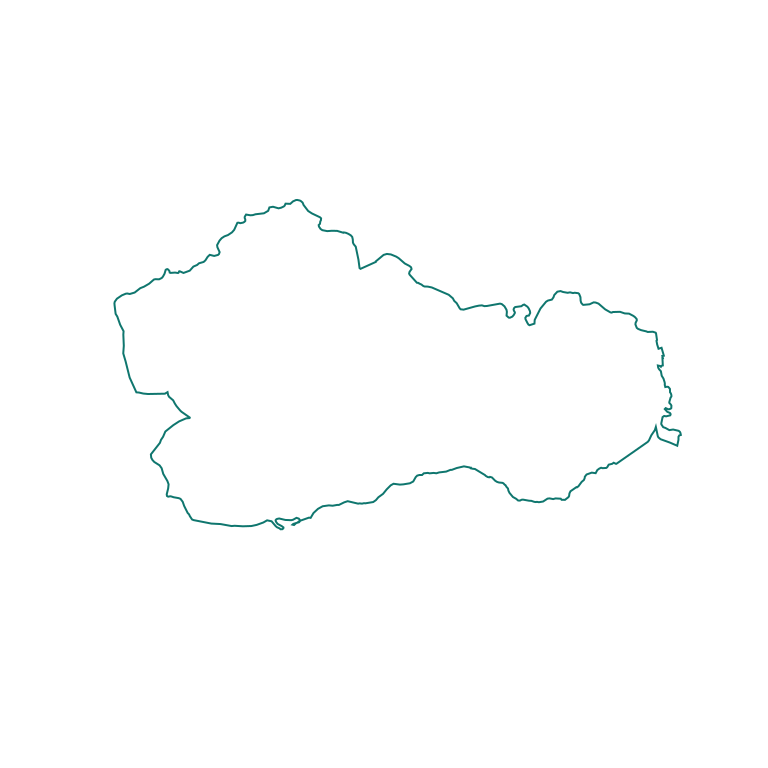 outline of Comandau, Covasna, Romania, rotated 138°
{"feature_id": "2599482B75444527653757", "entity_name": "Comandau", "entity_type": "district", "adm_level": 2, "iso_a3": "ROU", "parent_name": "Romania", "parent_adm1": "Covasna", "projection": "albers", "projection_center": [26.312, 45.738], "detail": "fine", "context": "isolated", "style": "outline", "palette": "teal", "viewbox_px": 768, "rotation_deg": 138, "n_neighbors": 0, "source": "geoboundaries", "source_scale": "gbopen_adm2", "svg_char_len": 6154}
<svg xmlns="http://www.w3.org/2000/svg" viewBox="0 0 768 768"><g transform="rotate(138 384 384)"><path d="M619.8,444.7L618.0,443.6L617.3,442.7L616.1,440.6L612.9,436.5L612.1,434.8L612.4,431.2L614.1,427.1L616.2,419.5L616.1,417.6L616.7,415.7L617.3,411.8L616.6,410.3L605.7,395.8L599.2,389.3L592.3,380.4L589.9,378.6L584.1,372.7L577.6,367.2L572.9,364.5L566.3,361.8L562.1,360.9L559.4,357.2L559.6,351.0L559.4,349.2L558.2,346.5L558.1,345.3L556.7,344.1L555.4,344.1L554.7,344.7L555.1,346.8L556.7,351.3L556.4,354.1L555.7,355.3L554.5,355.5L553.6,355.2L551.9,354.2L548.3,349.0L544.1,344.9L542.5,344.0L538.6,343.1L537.4,341.0L537.5,339.2L538.2,338.7L541.3,339.0L545.0,340.7L546.1,340.7L545.2,339.4L542.3,339.4L539.6,338.1L537.6,338.4L529.2,334.9L528.1,333.6L522.7,335.3L516.6,335.4L511.4,334.2L506.2,330.7L503.6,327.9L499.6,325.4L498.4,324.3L492.8,322.7L489.4,321.2L483.3,312.4L482.0,311.6L480.4,309.8L478.6,308.8L477.7,307.8L471.0,303.5L467.7,303.1L464.0,303.6L458.2,303.0L452.5,303.9L446.8,304.2L443.7,303.5L439.5,298.6L436.8,296.5L431.2,292.9L427.5,292.0L422.7,293.6L420.6,293.7L418.6,292.7L416.6,290.9L414.2,291.0L410.9,288.6L409.9,287.1L406.6,284.7L404.8,282.6L402.2,281.4L396.4,277.3L392.0,275.7L391.0,274.8L386.2,272.9L379.7,269.3L376.2,264.7L376.0,263.5L375.4,263.5L375.4,262.5L375.0,261.9L373.3,260.0L369.9,248.8L369.9,247.8L369.2,245.5L368.2,244.2L367.4,244.1L366.3,242.3L366.1,237.7L365.5,235.6L364.5,233.9L362.2,231.4L361.7,230.3L361.7,228.3L361.4,227.6L361.8,225.7L361.8,223.4L362.9,221.5L363.6,219.1L363.8,213.8L362.6,210.2L362.3,207.7L361.0,206.4L359.2,205.9L358.1,205.1L354.3,200.2L352.7,198.6L351.2,195.9L350.1,194.6L349.2,194.1L348.0,192.5L344.4,190.2L339.2,189.4L337.5,188.2L335.3,185.3L333.1,184.2L329.4,180.5L329.5,179.1L327.0,176.8L322.7,176.5L321.4,176.9L319.4,178.6L317.2,179.5L310.0,178.6L309.8,178.1L308.0,177.9L302.6,179.0L299.7,178.9L297.8,179.8L296.8,180.7L294.0,181.2L288.9,179.1L286.4,176.1L283.1,177.3L280.7,177.1L278.7,176.5L277.9,175.2L275.0,172.9L273.8,172.8L271.0,173.7L267.8,172.0L266.0,171.8L265.1,169.6L264.7,169.2L226.7,164.5L224.8,164.8L219.7,167.0L213.6,168.5L210.7,170.2L215.4,162.1L215.8,160.8L215.7,159.9L215.4,157.9L210.7,149.1L207.4,141.9L202.5,145.5L200.5,147.7L199.0,148.2L197.5,147.5L196.5,149.2L196.1,150.6L196.4,152.1L199.6,156.7L202.8,158.8L204.3,163.1L205.4,165.1L204.9,168.4L204.3,169.2L199.1,173.0L197.2,172.8L196.0,171.2L192.3,169.2L191.5,169.5L191.0,170.2L190.9,171.2L192.1,173.8L192.1,177.5L190.8,177.6L189.7,175.1L189.1,174.5L187.4,173.8L186.6,173.9L184.9,175.6L184.6,176.7L184.6,179.1L184.0,179.7L180.2,182.1L178.8,182.4L177.9,183.4L177.1,185.1L177.0,186.4L174.8,189.0L174.7,190.5L174.7,191.6L175.5,192.6L177.0,193.5L175.9,195.6L175.3,196.0L174.3,197.5L172.7,201.0L172.1,204.3L169.7,208.2L169.7,210.8L169.3,212.7L168.1,214.5L166.8,212.7L166.7,211.5L165.5,211.8L164.4,211.2L159.7,217.0L159.4,216.7L158.4,218.6L157.1,217.8L153.5,225.2L156.4,226.5L154.6,230.5L152.6,233.8L151.7,234.0L147.9,239.7L147.8,240.4L149.2,242.9L153.3,246.3L153.8,247.5L156.9,252.0L158.3,254.9L158.6,256.6L157.3,260.0L156.1,261.1L153.6,262.1L152.8,263.1L152.7,265.5L153.1,267.7L154.8,272.3L157.9,275.4L160.3,279.7L165.7,284.3L167.0,284.7L167.8,285.7L169.7,291.5L170.8,300.2L172.2,302.9L173.6,304.4L177.9,305.7L182.9,309.4L183.2,310.0L183.1,312.5L182.1,314.4L179.9,317.1L178.7,320.4L178.9,321.5L181.2,324.2L182.7,325.1L184.4,327.6L186.5,328.9L189.4,332.6L190.6,334.9L193.4,336.6L197.9,336.2L200.1,335.0L202.8,334.4L206.3,336.3L208.5,336.7L217.2,335.4L229.1,330.8L231.8,328.2L236.5,330.3L236.9,331.5L236.6,333.3L235.5,337.4L234.7,338.6L232.5,339.2L230.5,337.9L227.8,339.0L226.8,340.5L225.9,343.3L225.7,345.5L226.6,349.2L227.7,349.7L229.9,349.9L235.0,353.4L236.4,353.4L237.7,352.8L238.4,351.6L238.7,350.0L239.1,349.3L241.2,348.5L243.5,348.2L246.1,349.0L246.9,349.9L247.2,352.8L244.4,355.4L243.3,357.2L242.5,361.1L243.0,364.6L244.0,366.1L255.3,373.1L257.3,374.7L258.6,376.9L261.0,378.7L264.4,380.7L275.1,386.0L277.1,388.3L277.1,389.7L275.9,395.4L276.2,398.8L275.5,401.6L276.2,407.0L283.9,423.8L286.3,427.1L288.7,429.4L289.3,430.8L289.6,432.8L290.7,435.3L290.7,436.0L291.8,437.2L291.8,448.2L291.4,449.3L289.9,450.3L286.6,451.0L285.8,452.6L286.1,454.7L287.9,459.6L288.9,467.7L289.7,470.5L292.2,475.7L293.7,477.4L294.8,478.7L297.9,480.2L308.0,480.6L308.4,480.2L324.4,485.3L324.6,486.5L319.8,493.5L313.1,505.0L313.0,508.0L312.5,509.8L310.4,512.4L309.2,514.6L309.2,516.7L310.0,519.4L311.1,521.8L312.5,523.6L313.0,523.6L316.4,529.2L320.4,532.9L323.9,535.6L326.9,539.6L327.4,541.7L327.0,544.5L326.2,545.8L324.4,545.9L322.6,547.4L321.3,547.9L319.9,549.2L320.0,550.7L323.4,558.9L324.6,563.3L324.0,570.8L323.1,573.3L323.4,575.7L323.8,576.7L325.3,578.8L326.3,579.6L329.4,580.6L333.1,580.6L336.5,583.9L338.5,583.0L339.7,583.0L342.4,583.8L344.8,585.1L347.9,590.0L351.0,591.9L354.2,590.2L359.0,591.2L365.9,596.1L368.5,597.3L370.4,598.8L373.1,602.2L375.5,601.5L376.4,600.7L376.9,599.2L378.0,598.0L379.3,597.9L380.7,598.2L383.2,599.7L384.0,601.1L385.1,601.9L392.2,598.8L395.5,598.4L400.3,599.1L403.8,600.5L407.1,601.0L410.3,600.6L415.1,598.9L416.3,597.1L417.9,592.0L419.7,591.0L421.0,591.0L424.5,592.8L427.1,596.6L430.0,596.5L434.0,595.4L436.4,595.4L440.7,597.5L443.2,597.5L447.1,598.8L452.5,598.2L458.7,600.7L460.4,604.5L460.9,604.8L462.0,604.2L462.8,604.3L464.7,606.6L468.3,609.4L468.7,610.2L467.9,611.5L467.8,613.2L468.0,614.2L468.9,614.8L469.9,614.9L473.3,612.8L476.5,611.7L478.3,611.5L481.1,612.3L483.8,614.9L485.1,615.6L491.4,615.7L497.2,616.9L501.0,618.3L508.1,618.8L512.7,621.0L514.3,623.1L515.5,623.9L519.5,625.3L525.4,626.1L529.0,625.3L530.3,624.4L531.6,622.7L536.5,615.7L537.1,612.5L540.4,604.6L542.2,597.5L544.6,595.2L551.8,586.5L557.3,581.2L560.9,573.7L568.7,559.0L573.6,543.5L571.8,541.6L569.3,538.0L566.1,534.5L553.3,523.4L550.3,522.8L551.8,520.3L552.3,518.3L551.6,512.9L552.5,509.5L553.0,506.4L553.2,500.9L553.1,499.0L550.8,489.1L551.3,488.8L554.1,490.9L561.2,493.3L568.1,494.4L578.3,495.0L583.5,492.6L587.1,491.7L589.9,490.2L604.3,487.7L606.3,485.0L606.9,482.6L606.9,479.8L605.2,473.7L605.6,470.2L608.2,464.9L609.9,456.8L611.2,453.6L614.3,450.8L619.3,447.4L620.2,446.0L619.8,444.7Z" fill="none" stroke="#0f766e" stroke-width="2"/></g></svg>